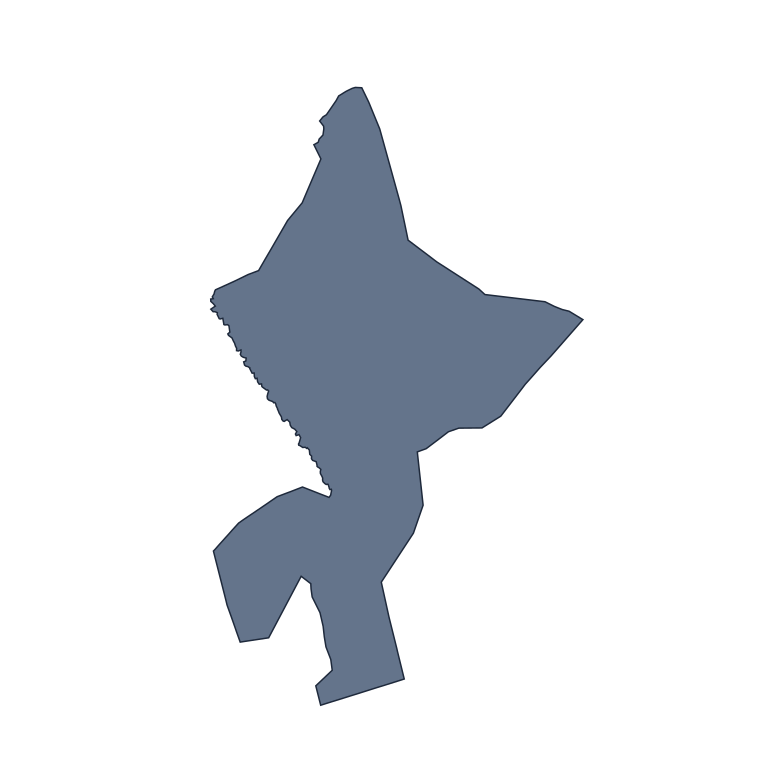 Santa Cruz Tayata, Oaxaca, Mexico (Robinson projection), rotated 165°
{"feature_id": "50627088B22135699876019", "entity_name": "Santa Cruz Tayata", "entity_type": "district", "adm_level": 2, "iso_a3": "MEX", "parent_name": "Mexico", "parent_adm1": "Oaxaca", "projection": "robinson", "projection_center": [-97.56, 17.376], "detail": "fine", "context": "isolated", "style": "filled", "palette": "slate", "viewbox_px": 768, "rotation_deg": 165, "n_neighbors": 0, "source": "geoboundaries", "source_scale": "gbopen_adm2", "svg_char_len": 3174}
<svg xmlns="http://www.w3.org/2000/svg" viewBox="0 0 768 768"><g transform="rotate(165 384 384)"><path d="M560.4,287.3L568.2,282.3L572.7,279.3L576.6,276.8L580.7,274.1L584.3,271.8L590.6,267.6L592.0,266.8L592.1,259.9L592.6,221.4L592.7,215.1L592.8,211.3L592.7,209.8L592.2,203.9L591.7,197.9L591.6,196.5L591.1,190.0L590.7,184.6L590.7,184.2L589.7,171.9L585.9,171.5L561.1,168.7L513.8,219.7L506.4,210.1L507.5,204.9L508.5,196.9L505.0,179.7L505.5,165.7L507.1,155.2L508.1,145.1L506.7,131.7L508.1,120.9L528.0,110.1L528.3,90.1L521.7,90.4L497.1,91.4L489.1,91.7L485.0,91.9L478.2,92.2L469.4,92.6L463.3,92.8L440.8,93.8L440.2,122.7L440.1,124.7L439.5,157.9L437.9,193.3L394.2,232.3L383.3,248.4L377.6,256.8L375.5,270.3L371.2,298.2L369.4,309.8L360.0,310.6L344.5,316.9L334.1,321.2L323.1,322.0L300.7,316.2L279.5,322.7L264.9,333.9L252.5,343.4L247.6,347.2L241.0,351.5L228.8,359.6L215.3,367.9L175.2,394.7L186.4,406.4L192.4,409.7L195.4,411.9L199.4,414.9L207.2,421.8L263.4,444.3L267.7,451.1L298.7,485.3L301.6,488.5L305.2,493.2L323.5,516.7L322.8,528.7L321.9,544.9L321.5,552.0L321.5,559.6L322.1,631.4L325.8,660.2L328.8,675.9L335.0,677.9L338.2,677.8L343.4,676.8L345.2,676.4L353.2,674.0L356.9,670.1L369.9,659.0L373.8,657.8L378.1,654.7L375.6,648.7L376.1,646.0L378.5,640.3L383.2,637.4L385.0,634.5L389.8,633.3L386.7,617.8L387.1,617.2L403.2,596.7L412.6,584.7L416.1,580.2L429.6,570.6L434.8,566.9L457.4,544.3L466.6,535.2L475.8,526.0L486.9,524.9L501.9,522.0L522.4,518.6L523.5,517.4L524.9,514.9L527.3,512.6L526.8,510.6L529.4,510.9L529.9,508.6L528.1,505.8L526.8,502.9L531.9,501.1L530.4,498.1L528.4,497.5L526.5,496.0L527.2,494.3L527.0,493.6L526.3,489.8L525.5,489.2L522.7,489.2L523.2,483.4L523.3,482.9L522.4,482.2L519.7,481.8L518.7,480.3L519.5,474.0L520.7,473.4L521.9,472.8L521.6,471.2L518.9,467.8L518.4,464.7L518.1,463.4L517.8,462.4L517.6,458.7L517.1,456.8L517.8,454.4L516.2,453.6L513.4,453.9L513.8,452.0L515.1,449.9L514.6,447.9L513.0,446.2L510.4,444.7L511.5,442.0L513.8,441.7L513.8,438.4L512.8,437.0L510.8,435.9L509.4,434.2L509.7,433.8L508.6,428.6L506.6,428.2L507.3,424.7L506.9,422.4L505.1,422.4L505.5,418.8L504.6,416.1L502.3,415.8L502.6,413.3L502.3,412.6L499.1,408.6L497.9,408.4L497.3,407.0L498.8,404.7L500.1,402.3L500.4,399.9L499.3,398.1L496.1,395.9L495.4,394.4L494.2,394.4L493.7,392.8L493.8,390.7L493.2,387.6L493.4,386.9L493.1,386.1L492.8,383.0L491.6,378.8L491.9,376.3L491.1,374.4L490.1,373.7L486.8,374.7L484.9,371.6L485.2,368.4L484.4,365.8L481.9,363.5L480.5,360.6L482.5,358.6L482.2,356.9L479.2,357.1L478.4,353.8L481.2,349.1L482.1,348.2L482.2,347.0L481.0,346.1L478.9,343.7L476.5,343.3L475.3,341.8L474.6,342.2L473.2,339.6L473.9,335.3L472.6,333.1L473.4,330.6L472.7,328.7L469.6,326.5L469.7,322.9L470.0,321.8L469.5,321.0L468.4,319.9L467.1,317.9L468.2,315.9L468.6,314.0L467.8,310.7L467.6,309.0L468.2,307.1L468.2,305.4L466.9,303.1L465.8,301.9L464.8,301.9L464.0,301.6L463.8,298.4L463.9,297.4L463.5,296.0L462.1,295.9L462.2,294.7L463.6,291.9L464.3,290.4L466.5,288.7L467.5,289.5L473.4,293.8L481.4,299.7L489.4,305.6L495.8,304.9L502.2,304.2L505.5,303.9L508.5,303.6L516.4,302.8L523.2,300.4L525.4,299.6L527.9,298.7L538.8,294.9L550.1,291.0L555.0,289.3L560.4,287.3Z" fill="#64748b" stroke="#1e293b" stroke-width="1.5"/></g></svg>